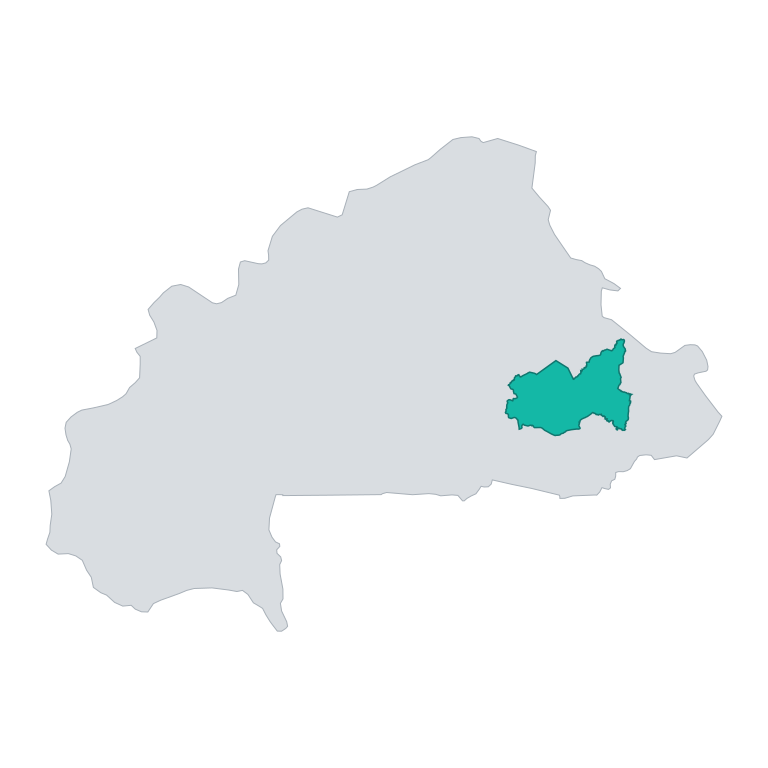 Gourma, Gourma, Burkina Faso shown in context
{"feature_id": "67063806B98154706729521", "entity_name": "Gourma", "entity_type": "district", "adm_level": 2, "iso_a3": "BFA", "parent_name": "Burkina Faso", "parent_adm1": "Gourma", "projection": "mercator", "projection_center": [0.724, 12.228], "detail": "fine", "context": "in_parent", "style": "filled", "palette": "teal", "viewbox_px": 768, "rotation_deg": 0, "n_neighbors": 0, "source": "geoboundaries", "source_scale": "gbopen_adm2", "svg_char_len": 9117}
<svg xmlns="http://www.w3.org/2000/svg" viewBox="0 0 768 768"><path d="M594.8,495.0L572.8,495.9L564.8,498.3L559.9,498.4L559.8,496.3L559.2,495.1L531.5,488.4L512.0,484.4L492.3,479.9L491.2,484.1L488.3,486.8L484.1,487.0L481.1,486.3L479.1,489.5L475.9,493.8L471.3,495.9L466.8,498.5L464.3,500.8L462.5,500.8L457.9,495.4L452.0,494.9L440.7,495.8L435.7,494.3L428.8,493.6L412.6,494.7L386.6,492.5L382.4,493.7L381.2,494.6L355.5,494.9L327.2,495.2L303.5,495.4L282.8,495.6L282.8,494.7L276.1,494.6L275.4,496.4L269.5,518.1L268.9,529.9L272.0,537.2L275.5,541.9L279.5,543.8L279.8,546.4L276.7,549.8L277.0,553.3L280.7,556.9L281.6,560.6L279.7,564.6L280.1,574.1L282.9,589.1L283.0,598.9L280.4,603.3L281.6,611.0L286.7,621.7L287.6,626.3L285.8,628.4L281.6,631.2L277.3,631.1L272.3,624.6L270.1,621.6L266.0,615.0L262.6,608.4L258.0,605.5L253.4,602.8L247.9,594.4L242.5,590.4L236.9,591.5L228.6,590.0L212.0,587.9L194.1,588.5L186.7,590.4L179.3,593.5L160.7,600.2L153.4,603.6L147.8,612.0L141.5,611.8L135.2,609.1L131.2,605.3L122.8,606.1L114.6,602.4L106.6,595.1L100.8,592.7L93.4,587.4L91.3,577.3L86.6,570.2L82.3,560.3L75.8,555.9L68.4,553.6L58.1,554.1L51.4,550.1L46.1,544.3L47.5,539.3L49.9,532.3L50.2,525.4L51.8,514.3L50.8,500.4L48.9,490.8L54.6,486.7L61.1,483.1L65.2,476.5L69.4,461.7L71.2,448.9L69.9,444.2L67.7,440.4L66.0,434.9L65.0,428.2L66.2,422.3L71.1,416.9L77.3,412.3L81.8,410.1L93.4,407.9L108.1,404.5L116.5,400.6L122.6,396.8L126.1,393.7L129.6,387.5L135.2,382.7L139.6,377.8L140.2,364.2L140.2,356.4L136.9,352.2L135.2,348.5L156.8,337.9L157.0,330.4L153.9,322.0L149.7,315.2L148.1,309.4L154.1,302.5L159.5,297.3L163.3,292.9L171.8,286.2L180.7,284.5L188.7,287.0L212.4,302.8L216.6,303.8L221.5,302.6L227.7,298.4L235.8,295.2L238.8,284.6L238.5,269.1L240.4,262.0L244.7,260.7L258.3,263.7L261.9,263.9L265.8,262.9L268.7,260.1L268.6,255.1L268.0,250.7L272.4,236.3L280.5,225.5L296.9,211.9L302.0,209.2L308.0,207.8L337.4,217.1L342.2,214.8L349.3,191.7L357.3,189.5L366.9,189.1L373.1,187.1L376.3,185.5L390.3,176.8L414.9,164.8L428.2,159.7L430.8,157.7L440.3,149.3L452.9,139.5L460.9,137.6L472.0,136.8L479.0,138.5L480.9,141.2L483.2,142.6L497.7,138.5L518.5,145.1L536.4,151.6L535.3,155.7L535.2,162.9L533.7,174.4L531.9,188.1L539.3,197.0L548.1,206.6L550.5,210.3L548.2,219.7L549.8,225.2L554.5,234.4L562.5,246.1L570.7,258.0L576.3,259.6L581.7,260.6L585.0,262.7L589.8,264.8L594.6,266.2L598.7,268.8L601.4,271.4L604.8,278.7L614.0,283.6L620.5,288.4L617.9,290.9L609.8,289.9L602.3,287.8L601.3,291.3L601.0,304.9L602.2,316.1L603.9,317.6L611.5,319.7L629.6,334.3L646.0,348.1L651.5,351.7L660.6,353.1L670.7,353.7L675.1,352.4L684.9,345.4L690.2,344.7L695.0,344.9L697.6,346.0L702.3,351.6L706.7,360.2L708.0,366.5L707.6,369.9L706.1,371.2L698.0,372.9L694.5,374.1L693.7,376.0L694.9,380.2L696.5,383.0L705.3,395.4L718.0,412.0L721.9,416.3L719.7,421.2L713.2,434.2L708.4,439.6L687.0,458.0L676.5,455.8L654.5,459.6L651.2,455.3L646.1,454.8L639.7,455.5L637.4,457.1L636.7,458.9L634.4,461.5L630.4,468.7L627.2,470.6L623.3,471.7L618.5,471.6L615.7,472.5L615.7,476.1L614.8,479.3L611.6,480.8L610.2,484.3L610.5,487.8L608.6,489.4L604.5,488.5L602.0,487.6L599.7,492.0L596.8,495.1L594.8,495.0Z" fill="#d9dde1" stroke="#a8b0b8" stroke-width="1"/><path d="M508.3,385.2L509.1,385.7L509.6,386.4L510.2,387.7L510.9,388.8L511.2,389.0L512.4,389.2L513.0,389.5L513.4,390.1L513.4,391.1L514.0,393.6L515.8,394.0L517.5,397.1L517.1,397.7L516.7,398.1L515.0,398.7L513.6,398.5L513.1,399.0L513.0,400.1L512.7,400.8L511.8,400.4L511.4,400.4L510.8,400.0L509.2,399.7L508.9,399.9L508.5,399.9L507.2,401.0L507.2,401.6L507.3,402.0L507.7,402.4L507.7,402.9L506.8,405.0L506.8,407.3L506.7,407.3L506.8,408.3L506.0,409.5L505.9,410.0L506.1,410.9L506.0,411.4L505.4,412.3L505.9,413.4L507.6,413.7L508.3,414.6L508.5,415.0L508.3,415.7L508.5,417.2L508.8,417.7L511.2,418.5L514.0,417.5L514.7,417.5L515.4,417.7L516.2,418.2L516.9,419.0L517.4,419.8L517.9,420.0L518.1,422.4L519.1,427.5L519.2,429.2L520.9,428.7L521.8,428.0L522.0,427.5L521.7,426.0L521.8,425.7L522.5,424.7L523.1,424.2L523.6,424.5L524.2,425.1L528.0,426.0L530.3,425.2L531.0,425.2L531.6,425.7L532.1,425.3L532.4,425.4L532.6,425.6L532.8,425.5L533.1,425.7L533.3,426.0L533.2,426.2L533.4,426.6L534.5,427.6L540.3,427.5L541.4,427.7L542.6,428.5L544.7,430.3L546.5,431.2L551.3,433.9L554.6,435.4L555.6,435.5L556.0,435.3L558.3,435.2L559.5,435.0L560.2,434.7L560.7,434.1L561.9,433.4L562.7,433.4L563.6,433.0L563.9,432.5L564.8,432.2L565.7,431.6L566.3,430.8L567.0,430.6L571.2,429.7L576.9,429.0L578.3,429.1L579.5,428.8L580.0,428.5L580.0,427.9L579.0,426.0L578.8,425.0L579.1,424.2L579.4,423.8L579.3,423.2L579.4,423.3L579.6,422.2L580.0,421.8L579.9,421.0L580.4,420.1L582.2,418.8L584.5,417.8L585.2,417.6L585.9,417.1L587.4,416.5L590.9,414.0L592.4,412.7L592.8,412.5L593.0,412.7L593.8,412.8L594.1,413.4L594.9,413.4L595.5,413.6L595.9,414.3L596.1,414.2L596.5,414.6L597.0,414.5L597.5,414.7L597.9,414.5L598.3,415.0L599.9,414.3L600.6,414.5L601.0,414.9L601.4,414.5L601.7,415.3L601.9,415.6L602.3,415.7L602.9,416.4L603.8,415.9L604.1,416.3L604.3,416.2L604.6,416.5L604.6,416.8L605.0,416.7L605.3,416.9L605.3,417.1L605.2,417.5L605.4,417.9L605.2,418.3L605.5,418.2L605.6,418.4L605.5,418.5L605.8,418.6L605.8,418.9L606.9,418.9L606.7,419.2L607.1,419.8L607.0,420.0L606.8,419.9L606.6,419.9L607.0,420.2L606.8,420.5L606.9,420.8L607.5,421.0L607.7,420.7L608.1,421.1L608.1,420.8L608.3,420.8L608.5,421.1L608.3,421.3L609.0,421.6L609.2,421.9L609.8,421.3L610.2,421.2L610.5,420.9L610.6,420.7L611.0,420.7L611.9,420.4L612.3,420.7L613.1,420.7L613.3,421.2L613.0,421.4L613.2,421.7L613.0,421.9L613.0,422.4L613.2,422.8L613.1,423.2L612.8,423.1L612.8,423.5L613.2,424.0L613.4,424.7L613.9,425.1L614.5,426.2L614.8,426.5L616.8,426.7L617.3,427.2L616.3,428.2L616.2,428.6L616.4,428.7L616.3,429.3L616.5,429.6L617.4,429.9L617.7,429.6L617.5,428.8L617.9,428.2L618.2,428.1L618.8,428.2L619.3,428.5L619.6,428.4L620.0,428.8L620.5,428.7L621.0,428.8L621.2,429.1L621.4,429.0L621.5,429.2L621.9,429.4L621.8,429.8L622.9,430.4L624.0,430.1L624.7,430.3L625.0,429.8L625.0,429.7L624.7,429.4L624.7,429.2L625.1,429.2L624.8,428.8L624.8,428.1L624.9,427.4L625.8,426.1L625.4,425.9L625.4,425.5L625.0,424.9L624.9,424.4L625.3,424.1L625.6,424.2L626.1,423.3L626.0,423.2L626.0,422.9L625.6,422.7L625.7,421.9L626.5,420.9L626.8,420.9L627.1,420.5L627.7,420.2L627.8,419.8L628.1,419.6L628.3,419.2L628.2,418.8L628.5,418.0L628.3,417.4L628.1,417.1L628.2,416.6L628.0,416.4L628.3,413.0L628.6,411.2L628.5,408.6L628.7,406.4L629.7,405.0L629.8,403.8L630.4,403.1L630.1,402.3L630.3,402.0L630.7,401.9L630.6,401.3L630.4,401.4L629.9,400.6L629.4,400.6L630.0,397.6L629.9,397.2L630.1,396.4L631.0,394.8L631.6,394.4L631.1,394.3L630.9,394.5L630.5,394.4L629.5,394.7L629.5,394.3L630.1,394.1L630.0,393.8L629.0,394.0L628.7,393.4L628.2,393.3L627.7,393.6L627.2,393.5L626.4,392.7L625.3,392.5L624.8,392.3L624.7,392.1L624.1,392.0L623.4,392.2L623.2,392.1L622.6,391.6L621.5,391.5L621.3,391.3L621.3,391.0L621.2,390.9L621.1,391.2L620.9,391.1L621.0,390.9L620.7,390.6L620.0,390.3L619.8,390.0L619.3,389.8L618.1,388.8L618.0,388.5L617.8,388.4L618.6,386.3L618.7,385.7L619.1,385.1L619.9,384.6L620.3,383.3L620.9,382.7L620.5,378.6L621.1,377.4L619.6,373.5L619.6,373.4L619.1,373.0L619.1,372.0L618.9,371.1L618.9,370.5L618.8,369.9L619.0,365.3L621.4,363.8L623.0,362.7L623.4,357.8L623.1,356.7L623.2,356.1L624.7,352.4L624.6,351.9L625.6,351.0L625.6,350.8L625.3,350.4L625.3,349.1L623.5,346.5L623.1,345.0L623.4,343.7L624.1,342.7L624.0,341.9L624.3,341.6L624.4,341.4L624.4,340.7L624.2,340.0L623.5,339.5L622.3,339.8L621.9,339.6L621.2,339.1L620.9,339.1L620.8,339.6L620.3,339.6L619.7,340.1L619.4,340.0L619.0,340.3L618.1,340.4L617.7,340.9L617.1,340.9L616.8,341.2L616.6,341.7L617.1,343.0L616.9,343.2L616.5,343.3L616.2,343.7L616.2,344.1L616.4,344.1L615.9,345.0L615.7,344.8L615.3,344.8L614.9,345.1L614.7,346.7L615.0,347.2L614.8,347.7L613.3,348.8L612.8,349.9L611.9,350.7L611.3,350.5L611.2,350.7L607.0,349.2L605.5,350.0L604.9,350.0L604.4,350.2L603.1,351.1L602.8,350.7L601.7,351.4L601.0,352.7L600.6,354.6L600.0,355.2L598.2,355.6L596.8,355.7L593.3,356.3L592.5,356.7L591.1,357.7L590.6,358.2L590.3,358.9L589.6,360.0L589.3,360.9L589.3,361.9L589.2,362.1L586.5,362.3L586.4,362.7L586.8,364.2L586.6,366.3L586.4,366.5L586.1,366.4L586.1,367.0L585.7,367.7L585.2,367.8L584.9,367.5L584.4,367.6L584.2,367.7L584.1,368.7L583.5,369.2L582.4,369.4L582.2,369.3L582.2,370.4L581.5,370.5L581.7,371.5L581.4,371.8L581.2,371.7L580.8,371.3L580.9,372.6L580.8,372.9L580.7,373.0L580.7,373.7L580.4,373.9L579.8,373.9L579.2,374.3L578.3,375.5L578.2,375.8L577.9,375.8L577.6,376.0L577.3,376.7L576.9,376.9L575.9,377.0L575.7,377.5L574.9,378.1L573.8,378.4L574.1,378.9L573.8,379.3L573.3,379.2L567.9,368.1L555.9,360.6L536.6,374.5L535.4,373.7L534.5,373.3L529.8,372.2L529.3,372.2L528.7,372.8L528.0,372.9L527.1,373.6L522.9,375.6L521.2,376.7L520.5,376.9L520.2,376.9L519.9,376.3L519.3,375.8L519.1,375.1L518.4,375.2L518.4,374.8L517.6,375.1L517.6,375.4L517.3,375.5L516.9,375.9L515.6,375.9L515.2,377.0L514.9,377.3L514.4,377.9L514.3,379.9L513.5,379.9L513.3,380.1L513.2,380.5L512.9,380.4L512.5,380.6L512.3,381.0L511.9,381.1L511.8,381.4L511.5,381.8L511.3,382.3L511.0,382.5L510.8,382.4L510.4,382.6L510.5,382.9L510.3,382.9L510.3,383.4L509.7,384.1L509.4,384.5L508.6,384.7L508.3,385.2Z" fill="#14b8a6" stroke="#0f766e" stroke-width="1.5"/></svg>